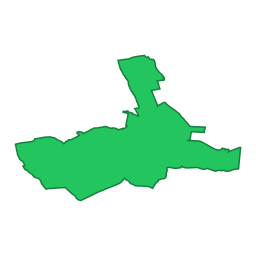 outline of Puscasi, Vaslui, Romania
{"feature_id": "2599482B69764895612231", "entity_name": "Puscasi", "entity_type": "district", "adm_level": 2, "iso_a3": "ROU", "parent_name": "Romania", "parent_adm1": "Vaslui", "projection": "robinson", "projection_center": [27.64, 46.627], "detail": "fine", "context": "isolated", "style": "filled", "palette": "green", "viewbox_px": 256, "rotation_deg": 0, "n_neighbors": 0, "source": "geoboundaries", "source_scale": "gbopen_adm2", "svg_char_len": 5836}
<svg xmlns="http://www.w3.org/2000/svg" viewBox="0 0 256 256"><path d="M80.9,200.5L98.6,191.9L119.3,183.5L119.7,183.1L120.8,182.5L123.4,179.7L124.5,178.2L124.7,178.4L126.1,179.9L128.3,180.8L128.8,181.2L130.2,183.1L131.1,183.9L132.4,184.1L135.1,185.7L138.8,186.0L141.0,185.9L142.6,186.2L145.1,186.2L147.8,186.5L149.5,186.8L150.8,187.4L151.6,187.9L152.6,188.4L153.7,186.6L154.8,184.6L156.1,183.0L158.0,181.4L158.3,181.0L158.4,180.7L158.5,179.8L159.0,179.8L159.5,179.6L160.0,179.3L162.2,178.8L163.6,178.7L164.4,178.5L164.8,178.3L165.7,177.6L166.3,175.3L166.2,173.1L166.7,172.2L166.9,171.8L167.0,170.8L167.2,170.2L167.2,169.7L166.7,167.9L166.9,167.7L168.5,167.3L171.0,167.6L171.4,167.5L171.6,167.7L172.2,167.9L172.7,168.0L174.1,168.3L175.4,168.3L176.8,168.3L181.0,167.6L181.3,166.9L181.4,166.5L181.5,166.3L181.8,166.2L182.1,166.4L182.6,166.9L183.3,167.2L184.4,167.6L185.6,167.8L187.2,167.9L194.5,167.6L197.8,167.5L198.6,167.9L200.6,168.6L202.2,169.1L203.3,169.3L204.2,169.3L204.8,169.2L206.5,168.5L207.0,168.4L209.3,169.1L214.5,171.0L215.0,171.1L216.1,171.1L216.6,170.8L217.6,170.5L218.9,170.3L219.5,170.3L220.1,170.5L222.5,170.7L223.3,170.2L223.8,170.1L224.2,170.4L225.1,171.0L225.7,171.1L227.6,171.2L229.4,171.0L230.5,170.8L231.2,170.4L232.9,169.7L234.3,169.4L235.8,169.2L237.4,168.8L238.4,169.0L238.5,169.0L240.6,147.5L239.9,147.4L238.7,147.8L235.9,148.9L233.8,149.6L231.6,150.5L230.3,151.0L228.4,151.9L229.0,149.9L227.9,149.1L225.3,149.9L225.0,148.7L222.8,148.6L222.6,148.2L220.5,149.8L220.2,149.9L218.9,150.1L218.1,150.0L216.2,149.6L215.4,149.4L214.5,149.0L201.7,141.9L200.6,141.4L199.1,141.1L198.0,140.9L187.9,140.5L188.0,140.2L189.0,140.2L189.9,140.2L190.5,140.1L190.3,139.9L190.0,139.4L190.1,139.2L190.1,138.7L190.4,137.6L191.1,132.7L191.4,131.7L204.3,132.4L204.4,131.8L204.3,131.5L204.3,131.1L205.2,128.1L205.3,127.4L205.3,127.2L202.8,127.0L200.6,127.0L199.2,126.8L196.2,126.9L195.2,126.7L194.0,126.7L190.2,126.4L189.9,126.3L188.8,125.1L188.2,124.2L186.9,122.6L185.0,120.7L183.8,119.0L183.1,118.2L181.1,116.6L180.8,116.2L180.2,114.8L179.7,114.2L179.0,113.4L177.2,112.1L174.9,110.2L172.8,108.9L168.2,105.5L166.8,104.3L165.0,102.4L163.9,102.5L162.8,103.1L162.2,103.3L161.9,103.5L161.5,103.8L160.1,104.5L158.8,105.1L157.5,106.1L157.3,105.0L156.6,102.9L156.0,101.6L155.3,100.1L154.4,97.7L152.7,93.7L152.2,92.2L151.5,90.5L159.9,88.9L159.6,88.2L159.2,86.7L158.4,84.2L158.0,83.1L157.1,81.0L160.9,80.5L160.5,80.3L163.2,80.2L164.1,80.1L164.2,79.7L163.7,78.9L164.0,78.8L164.3,78.5L164.3,77.8L164.2,77.8L163.4,76.8L162.9,75.8L161.4,74.2L160.7,73.7L159.8,72.8L158.0,70.8L156.5,68.6L156.3,68.0L155.8,67.3L155.5,66.5L155.5,65.6L155.2,64.1L154.9,62.3L154.8,61.4L153.5,59.5L153.2,59.4L152.8,59.6L152.2,59.7L151.9,59.7L151.5,59.3L151.2,59.2L149.9,59.4L149.6,59.0L149.5,58.6L148.3,56.9L145.8,57.3L145.7,57.1L144.7,55.5L140.0,56.0L135.6,56.7L133.6,57.1L131.4,57.7L130.7,58.2L129.8,58.6L128.8,58.9L121.9,59.8L118.0,60.4L118.6,62.8L120.6,69.5L120.7,69.8L121.1,69.8L121.3,70.3L122.2,72.0L123.3,74.4L123.9,75.0L124.2,75.6L125.0,76.5L125.2,77.1L125.8,78.1L126.6,79.2L126.9,79.4L127.3,79.5L127.3,79.9L127.5,80.6L127.9,81.0L128.4,81.7L128.5,82.1L128.2,83.2L129.1,86.4L129.4,86.9L130.0,88.6L130.5,89.2L130.9,90.3L131.7,91.8L132.2,91.8L132.7,92.8L133.0,93.5L133.1,93.8L133.3,93.9L133.6,94.4L134.0,94.9L134.1,95.2L134.4,95.6L135.0,96.5L135.3,96.8L135.2,97.5L135.3,97.7L135.8,98.7L136.2,99.0L136.5,99.5L136.4,100.2L136.4,100.7L136.7,101.5L137.0,101.9L137.3,102.7L137.7,103.3L137.8,103.6L137.7,103.8L138.0,104.8L138.5,105.5L138.8,105.8L138.9,106.4L138.9,106.7L138.8,107.2L139.0,107.8L135.9,108.4L134.8,108.6L135.8,110.3L138.7,115.8L137.8,116.1L135.6,114.9L132.4,113.9L132.7,113.3L127.8,111.7L127.8,111.0L126.4,111.1L126.3,111.8L123.3,111.3L123.2,112.4L123.9,112.4L124.3,112.5L126.0,113.0L128.2,113.8L127.4,117.9L125.8,125.6L126.7,126.0L127.1,126.3L125.0,128.2L124.6,128.3L124.0,128.4L123.7,128.3L123.1,128.6L122.9,128.8L122.7,128.8L122.4,128.5L120.0,129.3L118.5,129.7L118.0,129.6L116.7,128.7L115.9,128.4L115.2,128.3L114.4,128.2L113.4,127.9L111.3,128.2L110.6,128.2L108.7,127.7L107.6,127.2L107.1,126.8L106.8,126.7L106.0,126.5L105.4,126.5L104.3,126.6L102.9,127.1L101.5,127.4L100.8,127.3L100.3,127.4L98.0,127.9L96.6,128.0L95.1,128.0L94.1,128.0L92.8,128.9L92.0,129.0L91.7,129.2L91.2,129.4L90.9,129.7L90.3,129.9L89.0,130.7L88.1,131.1L86.4,132.0L83.0,133.6L83.0,133.3L82.8,132.9L82.4,132.4L81.5,132.3L81.2,132.1L81.0,131.9L80.0,131.8L79.7,132.0L79.4,132.0L78.9,131.7L78.4,131.9L77.0,132.3L77.0,132.8L77.2,133.5L77.8,133.9L79.4,135.4L74.7,137.9L72.5,138.9L71.6,139.4L70.5,139.9L70.2,139.9L69.4,139.6L69.2,139.6L68.5,140.0L67.5,140.9L66.9,141.1L66.7,141.4L66.5,141.5L66.1,141.4L65.8,141.6L65.6,142.0L65.0,142.7L64.5,143.1L64.3,143.3L64.1,143.5L63.4,143.7L62.8,142.8L62.3,142.3L60.2,141.0L58.9,140.6L56.8,139.6L56.1,138.7L54.0,137.7L51.5,137.3L50.3,136.9L45.7,137.1L44.0,137.2L42.4,137.7L37.4,138.4L36.2,138.6L35.2,138.9L34.7,138.9L34.7,139.3L34.5,139.7L33.8,140.7L33.2,141.2L32.9,141.3L28.7,142.0L25.3,142.4L24.5,142.5L21.2,142.9L15.5,144.2L15.4,144.4L15.4,144.6L15.8,145.7L16.1,147.4L16.5,149.6L17.3,152.7L17.4,153.4L17.5,154.3L17.7,155.1L18.8,157.2L19.4,158.7L20.0,159.5L21.0,160.4L22.2,161.0L22.8,161.4L23.8,163.2L24.4,164.5L24.7,164.9L24.9,165.4L23.0,166.0L23.9,168.0L24.5,167.9L25.0,169.5L25.6,169.9L26.7,170.3L27.4,170.5L28.4,171.8L30.3,173.3L32.0,174.2L32.6,174.8L33.0,175.7L34.0,176.8L35.5,177.7L36.9,177.9L37.7,178.2L39.0,178.9L39.8,179.5L40.1,180.0L40.2,180.4L40.5,180.9L41.0,181.5L41.2,182.8L41.9,184.3L42.2,184.6L42.8,185.0L43.0,185.5L43.3,185.8L43.8,186.2L44.0,186.8L45.3,188.2L45.9,189.1L47.3,188.9L48.2,188.6L48.7,188.6L53.4,188.4L56.3,188.0L57.0,188.1L59.3,187.8L65.3,187.6L68.4,190.5L72.3,194.0L73.9,195.1L75.1,196.2L75.7,196.8L76.1,197.8L76.4,198.3L78.1,199.6L79.3,200.1L80.5,200.5L80.9,200.5Z" fill="#22c55e" stroke="#15803d" stroke-width="1.5"/></svg>